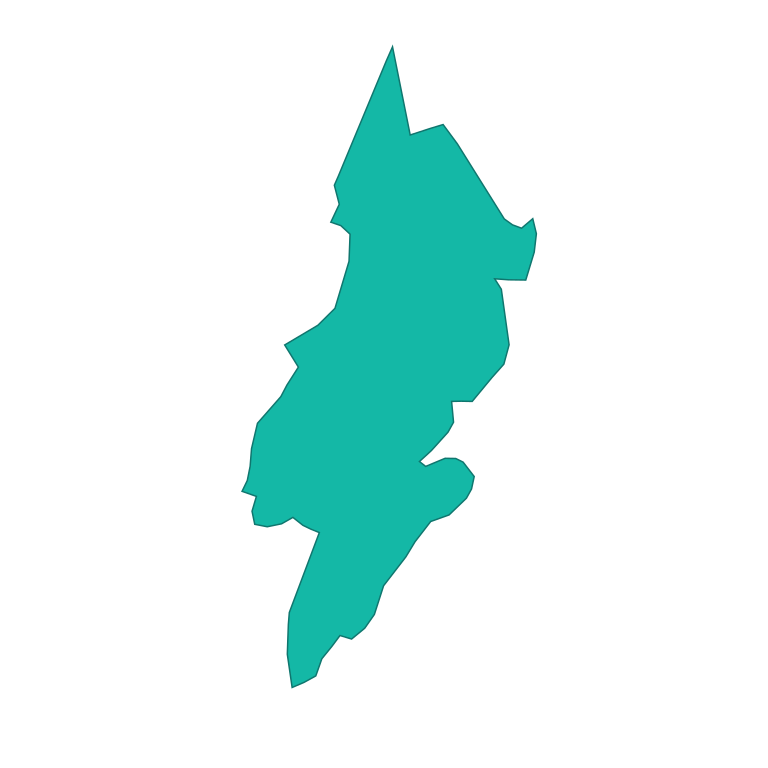 São Vicente Férrer, Pernambuco, Brazil, rotated 202°
{"feature_id": "56859067B99318407457286", "entity_name": "São Vicente Férrer", "entity_type": "district", "adm_level": 2, "iso_a3": "BRA", "parent_name": "Brazil", "parent_adm1": "Pernambuco", "projection": "equal_earth", "projection_center": [-35.495, -7.602], "detail": "fine", "context": "isolated", "style": "filled", "palette": "teal", "viewbox_px": 768, "rotation_deg": 202, "n_neighbors": 0, "source": "geoboundaries", "source_scale": "gbopen_adm2", "svg_char_len": 1115}
<svg xmlns="http://www.w3.org/2000/svg" viewBox="0 0 768 768"><g transform="rotate(202 384 384)"><path d="M291.5,533.5L294.1,562.5L299.0,580.4L308.0,593.0L314.8,580.0L324.5,579.7L334.3,582.1L405.9,634.1L426.4,646.7L436.7,638.4L453.0,624.7L462.4,639.0L502.4,699.8L502.9,684.4L504.2,559.7L504.5,549.7L492.8,533.9L493.9,514.1L483.4,514.7L471.6,510.2L462.4,484.7L457.8,435.8L467.3,413.7L490.7,383.0L469.7,367.6L473.6,346.7L474.9,333.7L486.6,300.2L482.6,274.4L477.3,257.6L474.6,243.3L475.4,231.3L460.2,232.0L458.7,216.6L451.3,205.5L438.8,207.9L426.6,216.0L418.5,226.2L406.2,222.6L397.0,222.0L388.3,222.0L386.2,136.7L382.6,125.2L372.4,97.2L355.5,68.2L346.2,77.6L337.9,87.8L338.7,106.0L334.0,121.3L330.6,134.3L318.5,135.4L310.4,150.3L306.6,166.7L308.8,196.8L299.0,231.8L296.1,249.5L289.2,274.0L274.6,287.0L264.8,309.0L263.5,319.4L265.7,332.0L281.4,341.2L289.6,341.8L299.5,338.0L314.5,323.2L322.1,325.4L315.1,340.1L306.6,363.3L305.2,374.6L314.8,393.2L305.9,397.0L295.7,400.9L286.3,430.5L280.3,447.3L282.7,467.2L310.7,515.8L320.8,523.0L307.5,527.3L291.5,533.5Z" fill="#14b8a6" stroke="#0f766e" stroke-width="1.5"/></g></svg>